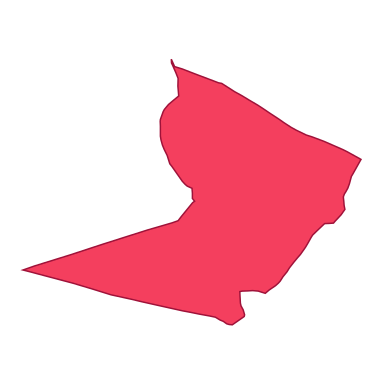 Tikrit, Sala ad-Din, Iraq (orthographic projection)
{"feature_id": "34846034B31147654733032", "entity_name": "Tikrit", "entity_type": "district", "adm_level": 2, "iso_a3": "IRQ", "parent_name": "Iraq", "parent_adm1": "Sala ad-Din", "projection": "orthographic", "projection_center": [43.738, 34.759], "detail": "fine", "context": "isolated", "style": "filled", "palette": "rose", "viewbox_px": 384, "rotation_deg": 0, "n_neighbors": 0, "source": "geoboundaries", "source_scale": "gbopen_adm2", "svg_char_len": 1655}
<svg xmlns="http://www.w3.org/2000/svg" viewBox="0 0 384 384"><path d="M361.0,159.4L347.1,151.7L342.9,149.6L323.9,141.3L311.9,136.8L306.2,135.0L296.3,130.2L290.9,127.2L284.0,122.7L279.3,119.4L269.7,113.1L265.0,109.9L257.7,105.1L250.7,101.0L248.5,99.7L242.1,95.8L234.5,91.6L221.7,83.4L218.5,82.8L214.6,81.3L197.9,75.0L189.3,71.7L182.4,69.0L174.6,66.6L171.3,59.2L171.5,63.0L172.7,65.5L175.9,72.8L178.1,78.4L177.9,86.2L178.7,96.0L174.3,99.6L168.5,104.5L164.4,109.4L163.2,111.6L160.4,119.4L160.2,121.3L160.4,126.2L160.4,132.1L160.4,136.2L161.0,139.9L162.4,145.0L164.2,149.4L167.2,155.5L169.8,163.8L171.8,166.3L182.4,181.4L185.2,184.4L187.2,186.1L192.0,188.3L192.4,193.2L192.4,198.5L194.6,201.2L192.6,202.7L181.1,216.8L178.1,220.7L175.9,221.5L171.9,222.9L159.2,226.6L147.8,229.9L104.3,243.7L69.5,255.1L34.7,265.9L23.0,270.0L32.3,272.4L37.1,273.7L72.6,283.1L91.7,288.8L111.0,294.8L131.1,299.2L141.6,301.7L157.2,305.2L172.5,308.6L182.4,310.8L190.4,312.3L198.7,314.0L209.7,316.0L215.4,317.2L220.2,320.1L223.2,321.3L226.7,323.8L229.1,324.5L232.3,324.8L242.4,317.8L244.2,316.5L244.6,314.8L243.2,309.9L241.0,305.8L240.4,303.1L240.0,296.0L239.8,291.6L242.2,291.1L247.8,290.9L252.6,290.6L258.3,291.1L260.7,291.9L265.3,293.3L269.3,289.9L275.5,285.7L278.4,283.1L280.2,281.1L283.0,276.7L287.0,271.8L289.4,267.9L293.6,262.5L297.4,257.9L300.4,254.5L305.4,247.4L307.6,243.7L311.2,237.3L312.6,235.1L316.8,231.0L324.6,223.6L329.3,223.4L333.5,223.1L335.1,221.2L341.1,214.8L344.9,209.4L344.1,205.3L343.8,201.4L343.4,197.7L343.4,196.7L344.4,194.0L345.8,191.8L347.8,188.2L349.4,183.8L351.4,176.4L353.0,173.7L361.0,159.4Z" fill="#f43f5e" stroke="#9f1239" stroke-width="1.5"/></svg>